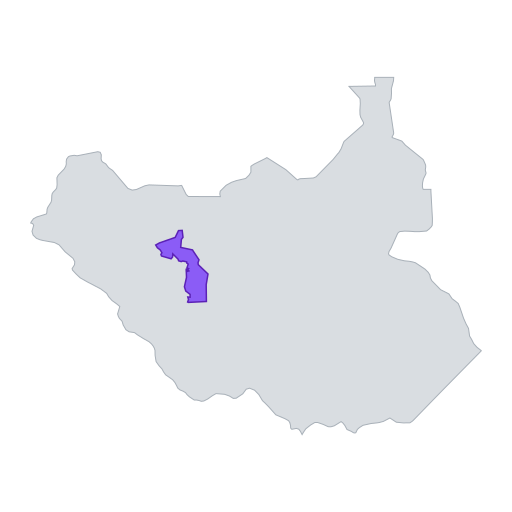 Jur River, Western Bahr el Ghazal, South Sudan (highlighted)
{"feature_id": "79223893B97545569096613", "entity_name": "Jur River", "entity_type": "district", "adm_level": 2, "iso_a3": "SSD", "parent_name": "South Sudan", "parent_adm1": "Western Bahr el Ghazal", "projection": "orthographic", "projection_center": [27.953, 7.62], "detail": "fine", "context": "in_parent", "style": "filled", "palette": "violet", "viewbox_px": 512, "rotation_deg": 0, "n_neighbors": 0, "source": "geoboundaries", "source_scale": "gbopen_adm2", "svg_char_len": 4305}
<svg xmlns="http://www.w3.org/2000/svg" viewBox="0 0 512 512"><path d="M429.5,403.6L413.1,420.5L411.9,421.5L409.9,422.8L403.2,422.9L396.3,422.2L389.9,418.0L383.4,421.4L379.3,422.5L376.9,422.9L371.1,423.5L363.0,425.3L359.4,427.6L357.4,429.4L355.8,432.7L354.9,433.0L353.4,432.7L351.4,431.4L347.0,429.5L344.8,425.4L342.8,422.9L341.1,421.6L334.3,425.8L330.9,426.8L328.2,426.7L323.2,424.4L317.7,422.5L314.8,422.5L310.6,425.0L305.8,428.8L303.3,432.5L302.1,434.6L300.4,431.3L298.8,429.2L296.4,428.4L291.8,429.3L290.7,428.1L290.5,425.2L289.8,422.6L288.6,420.7L285.0,418.7L275.8,414.8L268.7,406.8L265.1,403.1L262.5,400.7L258.8,394.5L254.6,390.2L249.6,388.2L246.2,389.2L242.8,393.8L236.2,398.2L233.3,398.4L229.4,396.0L224.6,394.3L216.0,393.6L212.4,395.7L207.7,399.0L203.8,401.0L201.3,401.3L199.0,400.5L196.4,400.0L194.2,400.0L189.5,396.9L187.1,394.7L185.5,392.6L182.9,391.1L179.9,389.9L177.7,388.0L176.6,385.6L174.9,382.5L172.6,379.7L165.6,374.8L163.5,371.8L162.0,369.0L159.1,365.8L156.1,361.6L155.1,355.4L155.0,350.4L154.3,348.1L153.0,345.8L151.5,343.9L149.0,341.7L143.3,338.5L137.4,334.8L134.5,332.6L129.1,331.8L125.9,329.7L123.2,325.0L122.1,321.3L119.4,318.4L118.3,316.3L117.6,313.9L119.8,306.5L116.7,303.9L112.0,300.5L108.7,296.8L106.7,293.4L100.7,288.9L87.7,282.1L80.1,277.8L76.0,273.9L72.5,270.1L72.1,268.6L74.5,264.8L74.8,261.8L73.0,258.3L65.2,251.9L59.0,244.8L54.3,242.5L43.0,240.5L39.8,239.7L36.4,238.3L33.1,235.1L32.0,231.3L33.7,225.3L32.6,223.5L30.7,223.0L31.3,221.7L33.4,218.8L36.9,216.9L46.3,214.0L46.8,212.9L47.1,209.2L47.8,207.3L51.1,202.1L51.6,200.1L51.8,195.6L52.2,193.6L53.2,192.1L55.7,189.5L56.7,188.0L57.1,184.6L56.9,177.8L58.2,175.2L64.1,169.1L65.7,166.4L66.3,164.0L66.2,161.5L66.6,159.1L68.4,156.7L69.9,156.0L74.2,155.3L77.1,155.8L97.8,151.7L100.2,152.3L101.3,154.8L101.1,158.7L101.5,160.6L102.6,162.0L105.8,163.9L108.1,167.0L109.3,168.2L112.6,170.4L127.9,188.4L132.2,190.1L136.4,189.5L144.8,185.8L149.0,184.9L178.2,185.9L181.5,185.4L181.7,185.5L186.2,194.5L188.3,196.5L220.4,196.6L219.8,194.0L220.2,191.2L225.8,185.6L226.6,185.0L231.5,182.3L236.4,180.6L245.6,178.5L249.0,175.2L250.9,172.2L250.9,166.3L252.1,165.4L254.3,164.0L265.0,158.7L266.9,157.6L285.9,169.7L296.6,179.3L297.3,179.7L297.8,179.9L298.4,179.6L298.9,179.1L300.2,178.7L304.7,178.5L313.3,178.0L316.1,176.8L333.2,159.4L337.6,153.9L338.7,152.8L341.1,148.8L343.7,142.1L344.2,141.3L362.8,125.0L363.5,123.7L363.6,122.7L360.7,117.3L360.0,114.6L359.9,110.3L360.3,103.7L360.1,99.5L359.8,98.4L359.7,98.2L349.0,86.4L375.5,86.0L375.5,84.5L375.4,84.1L374.9,82.7L374.5,80.8L374.5,79.7L374.7,78.8L374.7,78.2L374.6,77.7L374.7,77.4L393.7,77.4L393.5,80.7L391.4,88.6L391.5,93.4L391.1,98.8L390.4,100.4L389.5,101.7L389.2,102.3L389.2,102.9L393.7,133.1L393.4,134.4L392.4,136.3L392.1,136.9L392.1,137.4L392.5,137.7L401.3,140.9L401.8,141.1L402.1,141.4L405.4,145.2L422.9,159.3L423.5,160.1L425.4,164.5L425.6,165.2L425.7,166.3L425.7,167.1L425.3,169.9L425.5,171.1L425.8,171.9L426.0,172.8L426.0,173.1L425.9,173.8L423.4,179.0L422.6,182.7L422.4,185.9L422.6,187.7L422.9,188.8L423.2,189.3L423.4,189.4L430.9,189.4L430.9,191.0L432.4,218.3L432.4,221.4L432.2,225.3L431.3,226.8L429.2,229.0L426.6,231.0L419.8,231.6L414.2,231.6L410.2,231.3L404.7,231.1L399.6,231.6L397.7,233.3L391.1,248.0L389.0,251.6L388.5,253.8L389.1,255.0L391.8,256.8L397.7,259.3L404.4,260.8L409.4,261.3L412.9,262.0L415.5,262.8L425.1,269.2L428.2,272.3L429.9,275.0L430.4,277.9L431.8,280.7L440.6,289.7L448.9,293.9L452.1,298.7L455.2,301.0L458.2,303.5L459.8,307.2L463.5,318.1L466.0,323.8L468.5,328.4L469.6,336.1L471.6,339.4L473.7,343.6L477.0,347.3L480.6,350.1L481.3,350.8L445.7,387.0L429.5,403.6Z" fill="#d9dde1" stroke="#a8b0b8" stroke-width="1"/><path d="M178.5,230.6L175.2,237.4L159.5,242.9L155.7,245.0L157.4,247.8L160.3,250.0L161.9,252.8L160.9,254.4L161.5,256.0L171.1,258.8L172.6,257.0L172.8,253.9L178.1,259.2L178.6,260.8L181.2,261.6L182.8,261.0L186.7,261.9L186.8,263.1L188.2,264.1L187.0,267.7L188.3,268.5L186.2,269.2L186.2,270.4L188.1,269.7L188.9,270.9L186.3,271.7L186.5,277.4L184.4,286.8L185.8,291.1L190.1,294.4L190.1,297.2L187.8,297.0L188.5,299.6L187.6,302.0L188.3,302.4L206.4,301.5L206.2,284.6L208.0,274.0L201.4,267.7L198.3,264.7L198.0,262.8L199.0,259.8L193.2,251.1L192.5,249.9L180.7,247.4L181.4,239.4L183.0,237.3L182.2,230.4L178.5,230.6Z" fill="#8b5cf6" stroke="#5b21b6" stroke-width="1.5"/></svg>